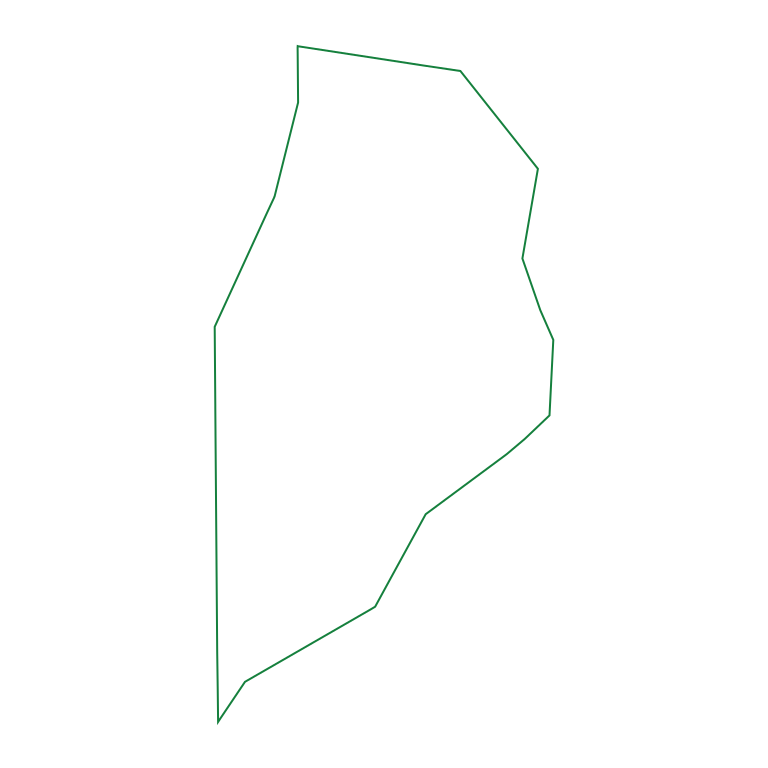 Victoria Falls, Matabeleland North, Zimbabwe (Albers equal-area conic projection)
{"feature_id": "62879985B6381696170590", "entity_name": "Victoria Falls", "entity_type": "district", "adm_level": 2, "iso_a3": "ZWE", "parent_name": "Zimbabwe", "parent_adm1": "Matabeleland North", "projection": "albers", "projection_center": [25.828, -17.932], "detail": "fine", "context": "isolated", "style": "outline", "palette": "green", "viewbox_px": 768, "rotation_deg": 0, "n_neighbors": 0, "source": "geoboundaries", "source_scale": "gbopen_adm2", "svg_char_len": 553}
<svg xmlns="http://www.w3.org/2000/svg" viewBox="0 0 768 768"><path d="M506.4,454.4L506.9,454.0L524.8,438.9L549.5,415.4L553.3,339.9L540.3,310.2L522.4,258.5L537.9,168.8L517.4,142.9L460.4,71.0L423.4,65.5L298.3,46.3L297.7,46.1L297.6,47.5L297.7,56.0L298.1,102.5L274.6,196.4L274.3,196.9L274.3,197.2L266.7,213.5L214.7,326.8L215.3,405.2L215.3,406.3L215.3,407.3L217.2,652.2L217.7,687.6L218.1,721.9L220.4,718.4L245.0,681.8L313.4,642.4L371.5,608.9L375.0,606.8L375.2,606.6L390.7,578.2L425.7,514.2L506.4,454.4Z" fill="none" stroke="#15803d" stroke-width="2"/></svg>